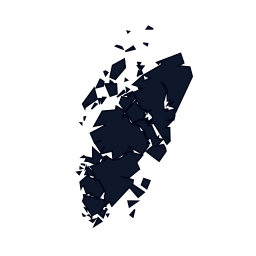 the district of Kepulauan Aru, Maluku, Indonesia, rotated 194°
{"feature_id": "22746128B17511076551422", "entity_name": "Kepulauan Aru", "entity_type": "district", "adm_level": 2, "iso_a3": "IDN", "parent_name": "Indonesia", "parent_adm1": "Maluku", "projection": "mercator", "projection_center": [134.564, -6.213], "detail": "fine", "context": "isolated", "style": "filled", "palette": "ink", "viewbox_px": 256, "rotation_deg": 194, "n_neighbors": 0, "source": "geoboundaries", "source_scale": "gbopen_adm2", "svg_char_len": 5967}
<svg xmlns="http://www.w3.org/2000/svg" viewBox="0 0 256 256"><g transform="rotate(194 128 128)"><path d="M86.3,121.7L84.1,125.7L90.8,129.6L84.4,126.4L87.7,138.4L91.8,137.2L85.8,147.5L86.6,147.5L87.8,146.0L88.8,145.3L89.5,145.0L90.5,144.9L90.8,145.3L91.1,145.7L91.2,145.4L91.2,145.1L91.4,144.8L91.6,144.8L92.0,144.8L91.2,145.8L88.2,145.8L86.3,148.7L85.6,147.8L85.6,151.6L88.4,157.0L96.5,152.6L93.5,156.3L97.6,154.6L99.9,161.3L99.6,174.3L101.1,174.6L102.6,177.5L104.4,177.7L105.4,179.9L107.4,180.2L105.5,180.1L101.9,177.6L98.9,173.7L96.4,163.7L93.7,165.2L95.4,159.6L89.5,165.2L93.2,159.4L87.9,159.1L85.6,155.0L78.1,193.5L82.8,202.1L94.4,200.4L89.6,204.6L95.1,213.1L116.1,198.5L113.8,197.3L113.3,199.6L113.0,200.1L112.4,200.3L110.6,197.6L125.4,183.3L118.7,181.7L123.8,177.7L126.2,182.4L134.0,171.2L128.5,170.9L127.1,168.9L125.1,169.8L123.7,170.1L123.3,169.9L130.9,164.0L128.0,160.2L126.7,155.8L124.6,155.9L119.3,149.3L115.1,150.0L113.2,147.1L113.1,149.2L108.8,151.7L111.6,148.3L106.8,145.0L106.3,143.5L106.5,141.3L108.2,138.3L107.5,137.1L104.0,138.8L86.3,121.7ZM137.7,101.9L134.6,93.2L122.6,105.0L120.8,105.7L119.7,105.7L116.6,105.0L118.7,108.3L119.0,108.5L120.4,108.5L121.5,108.8L121.9,109.0L122.1,109.6L122.3,109.3L123.9,110.7L107.8,106.2L103.7,115.9L105.6,117.6L105.7,118.9L105.1,119.9L108.5,122.9L112.3,128.6L115.0,127.4L118.7,133.0L126.6,133.0L132.8,140.7L135.6,136.8L135.7,143.7L144.7,146.5L144.5,142.4L157.0,138.1L161.5,121.4L153.0,125.5L151.7,125.4L151.0,125.1L150.8,124.9L163.3,113.9L156.8,105.5L152.8,109.0L151.5,109.0L156.2,105.2L148.5,98.2L146.3,104.7L148.5,96.2L137.7,101.9ZM123.6,79.4L115.7,79.2L106.9,90.9L111.3,96.5L107.3,105.1L122.2,104.9L126.7,97.7L134.4,93.0L140.2,94.6L142.8,90.5L144.9,88.6L155.2,81.3L153.3,80.1L152.5,79.0L152.2,77.5L152.4,76.6L150.8,76.2L148.3,73.2L149.0,70.5L147.7,70.9L146.3,69.3L143.8,70.6L135.8,61.9L134.2,59.1L134.2,56.7L134.4,56.4L133.4,53.6L133.6,51.9L132.9,50.9L131.9,51.8L130.9,50.7L130.9,47.9L128.1,51.9L124.7,48.3L112.2,70.9L101.4,63.2L96.7,69.6L110.0,74.4L110.3,78.8L123.6,79.4ZM89.8,103.3L85.5,114.6L87.0,117.7L89.6,120.5L95.4,117.7L91.7,125.2L97.2,125.1L105.7,136.0L108.8,135.2L114.5,140.7L116.1,139.0L124.3,134.5L117.9,133.3L111.5,129.2L105.9,121.6L103.8,124.2L99.2,117.0L104.6,109.7L89.8,103.3ZM139.0,52.6L135.9,61.7L143.9,70.3L146.6,69.0L147.9,70.7L148.3,70.2L152.6,70.6L155.5,72.6L161.4,64.0L158.9,58.0L158.5,60.0L157.0,61.1L152.1,53.8L149.4,55.8L148.0,53.2L146.7,55.1L146.8,54.0L144.5,54.0L142.8,52.4L141.4,53.1L141.2,52.3L140.6,52.8L139.0,52.6ZM133.8,43.0L132.7,45.6L131.0,50.6L133.1,50.7L134.0,52.4L153.5,52.0L154.3,46.1L141.7,34.2L137.3,38.4L130.4,34.9L129.4,42.7L132.2,41.9L133.8,42.9L134.2,41.8L134.6,41.8L133.8,43.0ZM124.9,134.8L114.7,141.6L114.5,143.3L115.0,143.6L115.8,144.5L116.0,145.2L116.1,145.8L115.9,146.6L115.4,147.5L115.4,148.1L114.9,148.6L115.0,149.3L119.6,149.3L127.7,155.4L134.2,142.5L124.9,134.8ZM157.7,173.0L152.1,172.1L145.2,186.0L148.3,194.1L158.1,185.0L157.7,173.0ZM142.3,150.1L134.2,143.2L128.1,159.9L131.9,163.3L133.5,161.0L133.3,160.1L133.4,159.4L133.6,159.1L134.0,158.8L136.0,159.4L135.2,156.8L141.6,156.9L142.3,150.1ZM174.5,137.7L165.0,148.5L170.5,158.6L177.9,140.4L174.6,136.4L174.7,138.0L173.8,140.0L172.6,140.9L172.9,143.3L172.4,140.7L174.5,137.7ZM159.6,86.2L150.5,84.8L147.4,87.4L147.9,88.0L148.1,90.6L145.4,93.4L157.5,100.4L154.7,89.9L162.1,89.7L159.6,86.2ZM161.0,165.2L152.9,154.6L146.9,158.5L149.9,168.1L161.0,165.2ZM156.2,73.3L148.6,73.2L157.3,80.6L158.5,72.5L156.2,73.3ZM95.1,73.6L93.9,82.2L100.4,82.7L101.2,76.1L95.1,73.6ZM135.3,33.7L137.1,24.4L130.8,31.1L135.3,33.7ZM110.3,57.1L107.5,51.7L100.8,59.4L110.3,57.1ZM168.6,159.3L162.2,162.7L162.7,167.2L166.8,168.6L168.6,159.3ZM140.1,158.3L136.7,159.8L133.7,159.1L133.6,161.0L132.0,164.7L140.1,158.3ZM141.3,163.4L146.2,155.3L139.6,162.1L139.8,162.2L140.3,162.6L140.7,163.3L141.3,163.4ZM144.9,91.9L145.4,88.5L140.6,95.0L142.4,95.7L144.9,91.9ZM101.7,50.5L105.0,44.3L101.7,42.8L101.7,50.5ZM133.7,190.6L129.6,187.0L127.6,191.9L133.7,190.6ZM166.0,144.0L167.9,137.5L163.9,143.7L166.0,144.0ZM157.0,152.2L160.0,151.6L159.8,144.8L157.0,152.2ZM134.1,228.5L127.5,230.2L132.9,231.6L134.1,228.5ZM142.7,208.6L149.1,201.6L140.3,206.3L142.7,208.6ZM106.5,143.3L109.2,139.6L108.5,138.8L106.5,143.3ZM139.4,166.7L137.9,162.9L136.1,165.8L139.4,166.7ZM131.5,186.1L131.4,180.2L129.3,185.4L131.5,186.1ZM162.4,173.4L160.9,177.0L163.8,177.8L164.9,176.7L162.4,173.4ZM134.4,193.9L132.6,190.9L131.7,194.4L134.4,193.9ZM142.4,29.1L139.4,28.1L137.7,31.7L142.4,29.1ZM161.2,150.0L163.8,149.2L161.8,145.6L161.2,150.0ZM166.8,72.8L164.1,71.1L163.2,74.4L166.8,72.8ZM133.7,214.1L129.3,212.6L129.3,214.5L133.7,214.1ZM127.8,38.9L126.4,37.5L126.0,39.7L127.8,38.9ZM110.7,138.5L107.4,136.0L111.0,140.9L110.7,138.5ZM159.8,204.4L152.1,203.4L153.5,205.0L155.4,205.4L159.0,205.4L159.8,204.4ZM156.7,169.7L156.3,166.6L153.9,168.6L156.7,169.7ZM140.0,174.3L142.4,175.3L142.2,172.9L140.0,174.3ZM165.1,81.7L161.3,81.4L161.4,82.1L165.1,81.7ZM173.2,128.0L172.3,124.6L172.1,128.5L173.2,128.0ZM143.5,33.3L141.5,31.5L141.5,32.7L143.5,33.3ZM105.6,118.5L102.9,117.7L105.0,119.8L105.6,118.5ZM148.5,39.9L150.6,40.0L148.0,37.5L148.5,39.9ZM111.5,142.3L113.7,141.0L111.8,139.9L111.5,142.3ZM114.2,145.4L116.0,145.9L114.6,143.4L114.2,145.4ZM128.3,185.9L129.5,182.6L127.2,184.3L128.3,185.9ZM143.4,95.0L145.1,93.2L145.2,92.0L143.4,95.0ZM165.9,88.3L163.3,88.9L164.1,90.4L165.9,88.3ZM133.0,140.8L134.8,140.3L135.5,138.2L133.0,140.8ZM150.1,221.9L152.1,221.8L151.1,220.4L150.1,221.9ZM150.1,31.9L147.9,32.2L150.9,33.3L150.1,31.9ZM154.9,52.4L153.9,50.0L153.5,52.7L154.9,52.4ZM175.4,121.5L173.8,120.4L174.1,121.7L175.4,121.5ZM130.2,44.9L129.1,42.8L128.7,43.9L130.2,44.9ZM159.2,80.3L159.3,77.9L158.5,78.9L159.2,80.3ZM164.6,76.9L162.7,77.7L164.9,78.5L164.6,76.9ZM132.0,46.3L130.0,46.9L131.2,47.1L132.0,46.3ZM161.7,85.5L159.7,85.9L161.3,87.0L161.7,85.5ZM96.4,127.2L97.3,125.8L96.3,125.9L96.4,127.2ZM145.6,33.7L144.0,33.4L144.9,34.2L145.6,33.7Z" fill="#0f172a" stroke="#020617" stroke-width="1.5"/></g></svg>